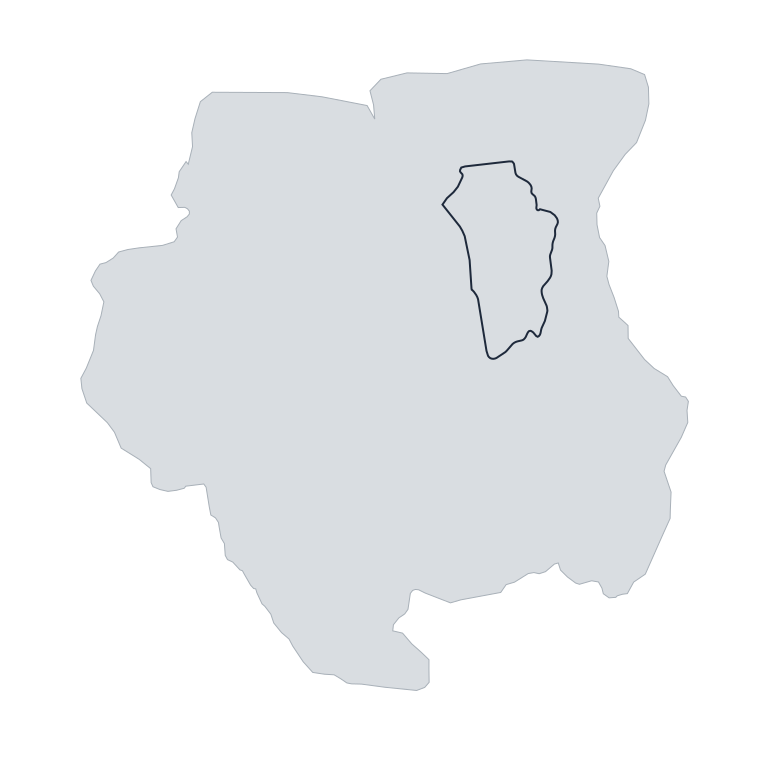 Brokopondo highlighted on a map of Suriname, rotated 354°
{"feature_id": "SUR-66", "entity_name": "Brokopondo", "entity_type": "District", "adm_level": 1, "iso_a3": "SUR", "parent_name": "Suriname", "parent_adm1": "", "projection": "mercator", "projection_center": [-55.026, 4.667], "detail": "fine", "context": "in_parent", "style": "outline", "palette": "slate", "viewbox_px": 768, "rotation_deg": 354, "n_neighbors": 0, "source": "natural_earth", "source_scale": "10m", "svg_char_len": 3907}
<svg xmlns="http://www.w3.org/2000/svg" viewBox="0 0 768 768"><g transform="rotate(354 384 384)"><path d="M660.4,170.3L647.9,180.8L634.4,195.8L616.5,221.6L617.3,229.8L613.4,236.3L612.5,247.9L613.7,260.9L618.3,269.4L620.4,285.6L616.9,300.2L618.2,308.6L621.9,322.1L624.8,336.3L624.5,342.1L628.8,346.8L632.8,351.4L631.6,364.2L645.7,386.9L654.3,396.8L666.8,406.4L671.4,415.8L678.4,427.2L682.6,428.5L684.9,433.1L682.6,441.9L682.1,454.0L674.1,468.1L655.7,494.0L653.4,500.1L658.2,521.5L655.6,539.1L654.5,547.6L645.5,563.0L624.0,600.4L611.6,607.1L604.1,617.9L599.3,618.0L593.9,619.0L592.2,620.4L585.5,620.2L580.2,615.5L579.4,609.8L576.6,603.3L569.9,601.4L557.4,603.6L553.8,602.0L546.3,595.1L540.1,587.5L538.6,580.2L534.6,580.9L525.0,587.5L518.5,588.9L513.4,587.2L507.6,587.6L493.1,594.7L484.5,596.3L478.3,603.5L437.8,606.7L427.2,608.6L403.1,596.2L396.8,592.2L393.6,591.6L390.9,592.3L388.3,595.0L384.3,610.6L380.6,614.8L374.3,618.2L368.2,624.4L366.9,630.4L376.4,633.7L384.4,645.3L393.0,654.7L399.9,662.9L398.9,672.2L397.7,685.4L392.8,690.0L384.4,692.2L353.7,685.8L330.2,680.1L320.3,678.8L315.8,677.4L310.0,672.5L304.0,668.0L294.5,666.4L283.0,663.4L274.6,651.8L265.9,635.2L262.9,627.7L256.1,620.5L249.4,610.2L247.4,601.1L242.3,592.7L239.7,589.9L235.8,578.5L235.0,574.3L233.0,573.8L230.3,570.1L224.9,557.9L223.7,554.9L221.3,553.8L215.0,545.3L210.0,542.3L208.2,537.9L208.6,526.0L205.9,520.1L205.1,508.9L204.9,504.4L202.4,499.5L198.1,496.2L197.4,488.1L196.3,468.1L194.3,464.6L176.2,464.9L174.4,466.8L166.6,468.0L157.9,468.2L150.0,465.5L143.5,462.0L142.1,457.7L143.1,443.8L132.6,433.3L115.9,420.3L110.9,403.8L104.8,393.5L86.4,371.9L83.1,357.1L83.1,346.7L89.6,337.1L98.6,320.2L102.3,304.9L105.0,296.9L109.7,286.5L114.0,273.0L110.7,264.6L105.2,256.4L103.4,250.3L108.8,241.4L114.1,235.1L120.2,234.2L127.9,230.4L133.9,225.0L143.2,223.5L154.7,223.0L178.2,223.0L190.2,220.6L194.0,216.3L193.4,207.9L199.4,200.3L205.7,197.1L208.2,194.6L208.5,191.8L206.9,189.2L204.4,187.5L197.8,187.0L192.1,173.8L196.0,168.0L201.1,157.4L202.5,151.5L210.4,142.1L212.3,145.0L218.4,127.9L219.1,114.0L223.8,100.3L230.9,84.0L243.7,75.9L318.3,84.1L352.4,91.9L396.3,105.3L402.5,119.6L402.8,105.3L400.7,90.9L412.8,80.6L439.4,77.0L479.2,81.9L513.5,75.8L560.0,76.6L630.8,88.3L662.4,96.3L675.5,103.5L678.0,116.5L676.7,133.1L671.6,149.0L660.4,170.3Z" fill="#d9dde1" stroke="#a8b0b8" stroke-width="1"/><path d="M531.6,175.7L534.6,176.1L535.6,177.3L536.3,178.7L536.8,187.7L537.2,189.3L538.1,190.8L539.4,192.0L547.3,197.4L548.7,198.7L549.8,200.2L550.7,201.7L551.2,203.3L551.3,204.9L550.6,208.0L550.7,209.4L551.5,210.7L552.6,211.8L553.7,213.1L554.2,214.5L554.4,216.0L554.5,222.0L554.0,224.3L553.9,225.5L554.3,226.6L555.3,227.3L556.2,227.3L557.4,226.5L567.4,230.3L571.4,234.0L573.2,237.1L573.6,238.3L573.9,239.9L573.8,241.5L573.2,243.0L571.2,246.1L570.5,247.7L570.1,249.4L569.9,253.1L569.5,254.8L568.8,256.6L567.1,259.8L566.5,261.4L566.1,263.0L565.7,266.4L565.2,268.0L562.9,272.6L562.4,274.1L562.3,275.8L562.6,288.9L562.0,292.3L561.3,294.0L560.3,295.6L557.5,298.8L552.6,303.3L551.4,305.0L550.6,306.8L550.4,308.5L550.4,310.3L550.6,312.1L551.3,315.3L553.9,323.2L554.1,324.7L554.2,327.9L553.9,329.2L550.6,338.1L546.7,344.7L546.0,346.4L545.0,349.7L544.3,351.2L543.2,352.4L541.8,353.1L540.4,352.2L537.8,348.3L536.1,346.8L535.1,346.4L533.7,346.6L532.6,347.6L531.7,348.9L529.9,352.0L528.7,353.4L527.3,354.5L525.8,355.0L521.0,355.6L519.3,356.0L517.6,356.7L516.0,357.7L509.6,363.7L508.1,364.9L498.5,369.9L497.0,370.3L495.4,370.4L493.9,370.1L492.4,369.4L491.2,368.2L490.4,366.8L489.4,361.8L486.4,309.5L485.9,307.4L485.0,305.1L483.1,301.7L481.4,299.5L481.2,299.5L481.1,299.4L481.0,298.4L482.1,269.7L479.7,245.4L477.9,239.8L475.9,235.3L460.9,211.7L466.0,205.8L473.2,200.5L478.1,195.5L483.4,186.8L483.9,185.5L484.0,184.5L483.8,183.5L483.2,182.7L482.4,181.7L481.8,180.4L482.1,179.0L483.5,176.8L487.4,176.1L531.6,175.7Z" fill="none" stroke="#1e293b" stroke-width="2"/></g></svg>